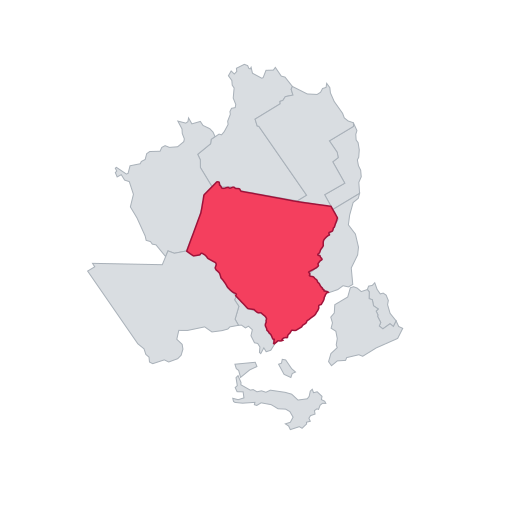 map of Algeria with Western Sahara, Mali, Mauritania and 7 others greyed out, rotated 149°
{"feature_id": "DZA", "entity_name": "Algeria", "entity_type": "country or territory", "adm_level": 0, "iso_a3": "DZA", "parent_name": "Africa", "parent_adm1": "", "projection": "equal_earth", "projection_center": [1.791, 28.04], "detail": "fine", "context": "with_neighbors", "style": "filled", "palette": "rose", "viewbox_px": 512, "rotation_deg": 149, "n_neighbors": 10, "source": "natural_earth", "source_scale": "50m", "svg_char_len": 10227}
<svg xmlns="http://www.w3.org/2000/svg" viewBox="0 0 512 512"><g transform="rotate(149 256 256)"><path d="M166.3,256.3L165.6,273.2L142.4,272.7L141.7,297.2L134.9,298.0L133.0,303.0L133.8,316.9L105.6,316.9L103.9,320.1L104.9,311.5L107.8,308.9L110.4,303.9L110.1,300.6L112.8,293.8L117.1,287.7L119.6,286.2L121.7,280.6L122.1,275.6L125.0,269.7L129.9,266.2L135.0,256.3L166.3,256.3Z" fill="#d9dde1" stroke="#a8b0b8" stroke-width="1"/><path d="M142.3,407.7L141.7,397.2L139.0,394.4L137.5,382.6L140.0,380.8L141.4,374.9L148.8,377.5L152.9,375.5L155.8,376.2L156.9,374.0L186.3,373.8L188.0,366.9L186.8,365.7L181.3,282.0L192.2,281.9L240.3,323.9L242.0,328.4L249.9,332.8L250.0,339.0L258.0,338.0L258.1,360.5L254.2,367.1L253.6,373.2L237.1,375.6L234.3,379.1L224.9,379.5L223.1,377.6L219.1,379.0L212.2,383.1L210.8,386.2L205.0,390.7L204.0,393.2L200.9,395.2L197.4,393.9L195.3,396.3L194.2,403.1L188.2,411.3L188.4,414.7L186.3,418.9L186.8,424.7L182.0,427.4L180.9,423.2L177.4,424.1L176.1,427.0L167.3,426.3L165.1,423.5L165.5,420.5L164.6,419.3L163.0,420.3L164.9,414.5L159.5,405.4L158.0,405.2L151.8,410.0L145.4,406.4L142.3,407.7Z" fill="#d9dde1" stroke="#a8b0b8" stroke-width="1"/><path d="M103.9,320.1L105.6,316.9L133.8,316.9L133.0,303.0L134.9,298.0L141.7,297.2L142.4,272.7L165.6,273.2L166.1,258.9L192.2,281.9L181.3,282.0L186.8,365.7L188.0,366.9L186.3,373.8L156.9,374.0L155.8,376.2L152.9,375.5L148.8,377.5L141.4,374.9L140.0,380.8L137.5,382.6L128.6,368.5L120.4,363.0L116.3,363.1L112.7,365.3L109.1,364.4L106.5,367.6L106.0,362.3L108.2,357.5L109.4,348.2L108.3,333.7L109.2,328.9L107.5,324.3L103.9,320.1Z" fill="#d9dde1" stroke="#a8b0b8" stroke-width="1"/><path d="M333.8,302.1L336.0,317.1L338.8,319.6L339.0,322.7L342.1,326.0L340.7,330.2L338.4,350.0L338.4,362.8L329.3,372.0L326.3,385.0L329.5,388.7L329.6,395.1L334.3,395.3L333.6,400.0L331.6,400.5L331.4,403.7L330.0,403.9L324.9,393.0L323.1,392.7L317.5,398.2L307.7,394.7L305.6,396.1L301.3,395.8L297.0,400.0L293.3,400.3L284.3,395.2L280.8,397.6L277.1,397.4L274.3,393.7L266.9,390.0L259.0,391.2L257.1,393.3L256.1,399.0L254.0,403.0L253.5,411.9L247.8,406.1L245.2,406.2L242.7,409.1L242.9,402.3L234.4,400.0L234.2,395.2L230.0,388.8L229.0,384.3L229.6,379.5L234.3,379.1L237.1,375.6L253.6,373.2L254.2,367.1L258.1,360.5L258.0,338.0L268.2,333.7L288.9,314.6L313.1,296.2L324.6,300.4L328.8,305.7L333.8,302.1Z" fill="#d9dde1" stroke="#a8b0b8" stroke-width="1"/><path d="M293.6,231.6L290.2,215.1L280.0,203.7L279.2,196.8L283.3,191.8L284.7,184.3L283.4,175.8L284.7,171.2L291.9,167.6L296.6,168.7L296.6,173.2L302.2,169.9L302.7,171.6L299.5,176.0L299.6,180.2L302.0,182.4L301.4,190.2L297.1,194.7L298.6,199.7L302.1,199.8L304.0,204.2L306.7,205.6L306.5,212.6L296.6,221.7L296.9,229.5L293.6,231.6Z" fill="#d9dde1" stroke="#a8b0b8" stroke-width="1"/><path d="M169.3,128.2L174.5,124.8L176.0,128.9L184.8,128.2L186.4,132.5L183.3,134.8L182.9,141.5L181.8,142.8L181.4,146.9L178.5,147.6L180.9,152.8L178.8,158.6L181.0,161.2L177.4,166.9L177.8,169.9L175.0,172.2L171.5,170.9L168.0,171.9L169.4,165.0L169.0,159.5L166.1,158.7L164.6,155.4L165.5,149.7L168.3,146.5L170.6,137.8L169.3,128.2Z" fill="#d9dde1" stroke="#a8b0b8" stroke-width="1"/><path d="M177.8,169.9L177.4,166.9L181.0,161.2L178.8,158.6L180.9,152.8L178.5,147.6L181.4,146.9L181.8,142.8L182.9,141.5L183.3,134.8L186.4,132.5L184.8,128.2L176.0,128.9L174.5,124.8L169.3,128.2L170.0,122.1L167.5,118.4L177.0,112.4L200.3,115.3L216.2,115.1L218.7,118.4L230.6,122.2L233.0,120.4L240.3,124.2L247.8,123.1L248.2,128.1L242.0,133.8L233.6,135.6L233.0,138.5L228.9,143.3L226.3,150.4L228.8,155.4L224.9,159.3L223.4,165.1L218.3,166.8L213.5,173.7L198.5,173.6L191.5,180.2L188.2,179.4L185.8,176.4L184.1,171.3L177.8,169.9Z" fill="#d9dde1" stroke="#a8b0b8" stroke-width="1"/><path d="M294.6,86.4L298.4,87.5L299.1,86.0L305.2,84.6L306.8,87.4L316.0,89.5L315.6,93.5L317.3,97.0L312.2,95.8L307.2,98.8L307.1,105.2L309.5,109.5L315.8,113.7L319.5,120.7L327.2,127.5L332.3,127.5L334.0,129.4L332.3,131.1L343.4,136.8L349.4,141.3L350.2,142.9L349.2,146.0L345.3,142.0L339.4,140.6L337.0,146.2L342.1,149.4L341.6,154.0L338.8,154.5L335.8,162.0L333.0,162.7L334.0,155.3L335.3,153.4L330.0,144.0L327.2,142.9L325.1,139.1L320.7,137.6L317.7,134.1L312.8,133.6L301.2,124.1L296.6,119.2L294.2,110.9L285.6,107.2L282.7,108.3L279.1,112.2L276.4,112.8L277.1,109.2L273.5,108.1L271.7,101.7L273.9,99.2L271.9,96.1L272.1,93.7L274.9,95.5L277.9,95.1L281.4,92.3L282.5,93.6L285.5,93.4L286.8,90.1L291.5,91.1L294.2,89.7L294.6,86.4ZM320.0,161.6L331.8,159.9L329.8,166.8L330.9,169.6L329.8,174.1L311.4,165.3L312.1,160.8L320.0,161.6ZM285.5,136.6L288.7,133.9L292.9,140.1L292.4,151.6L289.3,151.0L286.7,153.9L284.1,151.6L283.5,141.1L281.9,136.2L285.5,136.6Z" fill="#d9dde1" stroke="#a8b0b8" stroke-width="1"/><path d="M138.6,252.8L145.2,251.8L154.6,242.9L160.8,235.1L159.5,223.6L163.6,210.8L168.3,204.6L180.5,196.7L187.7,181.8L192.7,181.9L196.7,185.7L203.1,185.1L213.1,187.2L215.6,192.9L218.1,208.1L219.9,210.0L218.6,213.6L209.6,215.1L206.4,218.5L202.4,219.3L201.9,226.2L193.7,229.8L191.0,234.5L178.2,238.4L166.6,245.3L166.3,256.3L135.0,256.3L138.6,252.8Z" fill="#d9dde1" stroke="#a8b0b8" stroke-width="1"/><path d="M402.5,241.6L408.1,329.8L399.8,329.8L399.9,333.9L340.8,296.8L328.8,305.7L324.6,300.4L313.1,296.2L309.8,290.2L304.1,285.8L300.8,287.5L298.1,282.2L297.8,278.1L293.4,271.2L296.1,267.2L295.5,251.9L296.6,244.2L293.6,231.6L296.9,229.5L296.6,221.7L306.5,212.6L306.7,205.6L314.9,208.7L317.7,207.9L323.5,209.5L332.9,213.6L336.5,221.7L352.9,227.4L360.5,232.0L366.8,225.4L364.8,218.3L366.6,213.8L371.3,209.5L376.0,208.3L385.4,210.1L388.1,214.2L400.0,216.9L401.9,220.0L399.8,224.4L401.1,228.4L399.8,234.1L402.5,241.6Z" fill="#d9dde1" stroke="#a8b0b8" stroke-width="1"/><path d="M285.7,171.3L285.9,171.8L285.9,172.2L285.3,172.6L284.9,172.9L284.4,174.0L283.5,174.8L283.3,175.0L283.3,175.3L284.0,175.6L284.2,175.9L284.3,176.4L284.1,178.0L283.9,179.2L283.7,180.8L283.8,181.5L284.0,182.2L284.3,182.8L284.4,183.4L284.3,185.0L284.7,186.0L284.9,186.8L284.4,187.9L284.2,188.9L284.1,190.2L284.0,191.1L283.7,191.9L283.2,192.6L282.7,193.1L282.1,193.5L281.3,194.0L280.7,195.4L279.4,196.6L279.2,197.0L279.1,197.9L279.1,199.2L279.4,200.3L280.0,201.8L280.6,203.5L280.8,204.4L281.0,204.7L281.8,205.3L283.2,206.0L283.5,206.3L284.2,207.5L284.9,209.6L285.1,211.0L286.4,212.1L287.6,213.1L288.7,214.0L289.9,215.0L290.1,215.3L290.6,217.4L291.0,219.5L291.5,221.8L292.1,224.1L292.6,226.8L293.0,228.3L293.4,230.2L293.9,232.4L293.2,232.8L292.5,233.4L293.0,234.6L294.2,236.4L294.9,237.9L295.1,238.5L295.7,240.4L296.1,242.2L296.3,242.8L296.5,244.1L296.4,247.9L296.8,252.8L297.3,255.2L296.7,257.4L296.2,259.5L296.2,260.6L296.6,262.2L296.9,263.4L297.3,264.1L297.3,266.1L297.1,266.9L295.9,267.9L294.6,268.9L294.2,269.8L294.1,270.7L294.3,271.5L295.3,273.1L296.8,275.7L298.4,278.5L298.6,279.2L298.7,281.1L299.4,283.6L300.1,284.7L300.4,285.5L300.9,286.1L301.4,286.5L301.7,286.6L303.5,285.9L306.5,287.0L309.4,288.2L309.6,288.4L310.3,289.8L311.4,292.2L312.2,294.1L312.9,295.8L309.3,298.7L305.6,301.7L302.0,304.6L298.3,307.5L294.6,310.5L291.0,313.4L287.3,316.4L283.6,319.3L281.1,321.3L279.6,323.0L277.6,325.2L275.8,327.4L274.3,329.1L272.4,331.3L271.5,332.4L269.4,334.9L268.7,335.3L265.9,336.0L263.3,336.7L260.9,337.3L259.3,337.7L257.7,338.1L255.4,338.7L253.8,339.1L252.0,339.6L251.7,339.6L251.4,339.7L251.2,339.6L250.7,339.4L250.1,338.8L249.7,338.5L249.6,338.1L249.8,337.5L250.1,336.9L250.2,336.5L250.4,336.2L250.6,335.9L250.7,335.5L250.4,334.9L250.3,334.1L250.3,332.5L250.3,332.0L250.3,331.8L249.7,331.2L248.7,330.6L247.8,330.2L247.4,330.1L246.4,329.9L245.0,329.4L244.5,329.2L243.6,327.7L243.1,327.4L241.0,327.1L240.3,326.9L239.8,326.6L239.3,326.1L239.0,325.3L238.9,324.7L238.7,324.4L236.4,322.9L235.8,322.3L235.5,321.8L235.5,321.1L235.6,320.3L235.5,319.5L235.4,319.1L234.3,318.2L232.0,316.1L229.6,314.0L227.2,312.0L224.9,309.9L222.6,307.8L220.2,305.8L217.9,303.7L215.5,301.6L213.2,299.6L210.9,297.5L208.6,295.5L206.2,293.4L203.9,291.4L201.6,289.3L199.3,287.3L197.0,285.2L195.1,283.5L192.9,281.7L191.3,280.3L189.8,279.0L188.1,277.6L187.0,276.7L185.6,275.6L184.3,274.6L183.0,273.5L181.7,272.5L180.4,271.4L179.1,270.4L177.8,269.3L176.5,268.3L175.2,267.2L173.9,266.2L172.6,265.2L171.3,264.1L170.0,263.1L168.7,262.0L167.4,261.0L166.1,259.9L166.2,258.0L166.2,256.4L166.3,254.1L166.3,252.2L166.4,250.2L166.5,248.8L166.5,247.4L166.6,246.7L167.4,246.0L168.6,244.9L169.0,244.5L169.6,244.0L171.5,242.6L171.9,242.2L173.7,240.6L174.2,240.3L175.1,240.2L175.5,239.9L176.1,239.2L176.9,238.5L177.5,238.1L177.9,238.0L179.6,238.2L180.3,238.4L181.1,238.5L181.4,238.4L181.6,238.2L182.0,237.7L182.0,237.1L182.1,236.5L182.1,236.3L182.3,236.2L182.6,236.2L183.1,236.3L184.1,236.3L184.5,236.2L185.6,236.1L187.2,235.7L188.5,235.3L189.5,234.9L190.6,234.0L191.4,233.0L192.3,231.5L193.0,230.2L194.3,229.4L195.4,228.9L196.1,228.7L197.5,228.0L198.7,227.0L199.9,226.0L200.8,225.9L201.9,225.7L202.1,225.6L202.4,225.2L202.4,224.6L202.1,224.2L201.7,224.0L201.4,223.7L201.1,223.7L201.0,223.4L201.1,222.9L201.2,222.4L201.3,221.9L201.3,221.2L201.0,220.5L201.0,220.0L201.0,219.5L201.1,219.1L201.5,218.9L202.0,218.8L202.7,218.9L203.8,218.7L206.8,217.5L207.0,217.2L207.2,216.3L207.4,215.6L207.7,215.4L207.9,215.3L208.8,215.1L210.2,214.8L210.7,214.8L212.2,214.9L213.3,214.9L215.1,215.0L216.4,215.1L217.5,215.1L218.8,215.2L219.2,215.0L219.2,214.5L219.0,213.5L219.1,212.9L219.7,212.3L220.3,211.7L220.0,210.9L219.5,210.4L218.8,209.8L218.4,209.5L217.7,208.8L217.3,207.9L217.1,206.2L216.6,205.2L216.2,203.9L216.6,201.7L216.1,200.3L216.0,199.7L216.0,199.0L216.2,197.8L216.1,196.1L215.6,194.4L215.8,193.8L216.0,193.5L215.9,193.2L215.4,192.7L215.2,192.2L215.3,191.8L215.6,191.2L215.6,190.9L214.7,190.2L213.3,188.9L212.9,188.4L212.7,187.7L214.1,187.9L214.8,187.8L216.5,187.0L217.8,185.9L218.8,185.4L219.7,184.2L220.5,183.5L221.7,182.7L225.0,180.9L225.5,180.9L226.6,181.3L227.6,181.2L228.2,180.6L228.9,179.1L230.0,178.2L231.4,177.3L233.3,176.5L234.5,175.7L236.4,175.0L241.3,174.6L243.7,174.2L245.4,174.3L247.1,173.1L248.0,172.7L251.7,172.6L253.4,171.7L260.0,171.7L260.8,172.0L261.6,172.5L263.0,173.6L263.7,173.9L264.5,173.6L266.5,172.5L268.8,172.0L270.0,171.3L270.6,170.3L271.6,170.0L272.2,170.7L274.6,171.5L276.1,171.3L276.7,171.0L276.4,169.9L278.0,170.2L279.2,170.8L280.4,171.8L281.2,172.0L282.7,171.6L285.7,171.3Z" fill="#f43f5e" stroke="#9f1239" stroke-width="1.5"/></g></svg>